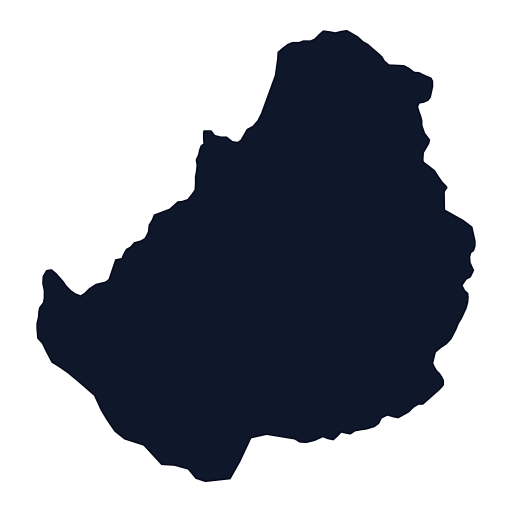 Tambunan, Sabah, Malaysia
{"feature_id": "92858781B2820786401574", "entity_name": "Tambunan", "entity_type": "district", "adm_level": 2, "iso_a3": "MYS", "parent_name": "Malaysia", "parent_adm1": "Sabah", "projection": "mercator", "projection_center": [116.421, 5.708], "detail": "fine", "context": "isolated", "style": "filled", "palette": "ink", "viewbox_px": 512, "rotation_deg": 0, "n_neighbors": 0, "source": "geoboundaries", "source_scale": "gbopen_adm2", "svg_char_len": 2562}
<svg xmlns="http://www.w3.org/2000/svg" viewBox="0 0 512 512"><path d="M422.8,404.0L438.7,389.9L441.4,387.2L443.3,384.8L443.3,380.6L441.7,377.1L439.4,373.7L436.3,370.6L434.0,366.7L432.5,363.2L435.2,352.1L440.2,347.8L446.4,343.6L451.0,338.6L455.6,329.7L458.3,323.1L461.4,318.1L466.0,308.1L467.6,302.3L468.0,297.3L467.6,293.4L464.5,290.7L461.8,285.3L466.0,279.1L470.3,276.8L473.4,270.3L469.9,262.6L469.5,256.8L470.7,252.5L473.4,250.6L474.9,246.0L474.9,241.0L471.8,227.1L463.0,220.5L444.4,210.1L444.1,193.1L444.1,191.6L446.8,187.7L446.0,186.2L442.1,182.3L438.3,176.9L434.4,170.7L424.4,163.0L423.2,162.3L422.8,159.9L423.2,152.6L425.9,148.0L428.6,143.4L429.4,139.9L424.4,133.3L421.7,125.2L421.7,120.6L420.5,116.0L419.0,112.1L417.4,106.7L419.0,102.9L423.6,102.1L427.9,100.2L430.2,97.1L431.3,92.1L432.5,86.7L432.5,81.3L430.9,78.2L423.6,75.1L419.0,72.8L414.0,72.4L409.0,68.5L403.9,65.8L396.2,65.4L388.9,65.1L384.3,61.2L381.9,57.0L378.1,53.5L367.3,44.2L363.0,41.9L357.6,36.9L351.5,33.4L346.8,30.7L341.4,31.5L335.3,33.0L329.5,31.9L323.3,31.1L319.8,34.2L314.8,39.2L310.6,41.1L303.3,41.1L299.0,42.7L292.5,42.7L287.8,44.6L286.4,45.7L283.6,47.7L278.2,52.3L277.8,58.9L275.5,75.5L261.6,113.7L258.1,120.6L253.1,126.4L247.3,129.5L241.1,140.3L237.7,142.6L232.3,141.8L226.5,137.2L220.7,137.2L214.5,135.6L211.1,131.0L204.5,131.0L204.1,131.0L203.7,132.6L203.7,138.0L204.1,144.1L201.4,145.7L199.9,149.5L198.7,154.9L196.4,159.9L197.2,165.0L196.8,170.0L195.6,176.9L195.6,184.2L195.2,190.0L192.2,194.3L187.9,199.7L182.1,201.6L177.9,202.0L169.8,209.3L154.4,215.1L152.4,220.1L149.3,225.1L148.6,231.7L147.0,235.2L145.1,238.6L141.2,241.0L134.3,242.9L130.8,247.1L126.6,249.4L124.3,253.3L122.0,258.7L115.8,259.9L114.2,264.5L109.2,279.5L105.7,282.2L96.1,284.5L89.5,288.8L84.9,293.4L80.7,296.1L74.9,293.8L70.6,290.7L66.0,286.1L62.9,281.5L59.8,278.0L56.4,274.1L51.4,269.9L46.7,270.7L43.3,276.4L42.9,283.4L44.4,290.3L44.4,297.7L43.6,302.7L39.8,307.7L39.0,311.5L38.6,317.3L37.1,323.5L37.1,328.5L37.9,338.2L42.5,343.2L46.0,350.5L52.1,362.1L58.3,365.9L67.9,372.5L79.9,382.5L94.6,395.3L101.5,410.3L107.3,419.9L115.0,431.1L124.7,438.8L143.9,445.0L161.7,464.3L174.4,465.1L188.3,468.9L196.0,478.2L205.3,481.3L230.0,478.6L239.6,461.6L250.8,437.7L266.6,434.2L294.8,438.8L299.8,441.9L306.3,442.3L314.1,440.4L322.9,436.5L327.9,438.5L333.3,439.6L337.2,436.1L341.1,431.9L346.5,433.1L350.3,433.8L354.9,430.7L361.1,429.6L366.5,428.8L374.2,426.5L378.5,423.4L381.2,418.0L387.3,414.9L394.3,416.9L398.2,417.6L408.6,411.8L413.2,407.2L418.2,404.1L422.8,404.0Z" fill="#0f172a" stroke="#020617" stroke-width="1.5"/></svg>